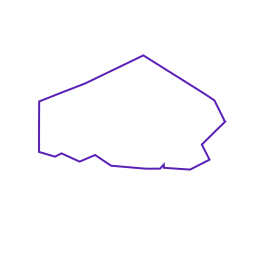 outline of José de Freitas, Piauí, Brazil, rotated 235°
{"feature_id": "56859067B84403529519879", "entity_name": "José de Freitas", "entity_type": "district", "adm_level": 2, "iso_a3": "BRA", "parent_name": "Brazil", "parent_adm1": "Piauí", "projection": "equal_earth", "projection_center": [-42.555, -4.696], "detail": "fine", "context": "isolated", "style": "outline", "palette": "violet", "viewbox_px": 256, "rotation_deg": 235, "n_neighbors": 0, "source": "geoboundaries", "source_scale": "gbopen_adm2", "svg_char_len": 631}
<svg xmlns="http://www.w3.org/2000/svg" viewBox="0 0 256 256"><g transform="rotate(235 128 128)"><path d="M178.7,182.2L179.7,175.9L184.0,149.6L185.7,139.1L189.0,118.9L195.2,93.5L200.7,70.5L198.9,69.2L183.8,58.5L159.4,41.4L146.4,51.8L145.4,58.9L143.6,60.0L128.2,69.1L125.8,80.6L124.7,85.6L106.8,92.5L85.0,118.6L83.8,120.2L82.3,122.3L76.3,130.9L77.5,136.3L74.8,134.6L60.9,151.8L58.3,155.1L55.3,176.6L68.7,178.5L72.1,179.0L75.6,199.5L77.5,211.4L79.0,211.1L80.4,211.5L100.8,214.6L102.3,214.1L110.4,211.0L119.5,207.2L142.0,197.7L144.6,196.6L145.5,196.2L164.0,188.4L178.7,182.2Z" fill="none" stroke="#5b21b6" stroke-width="2"/></g></svg>